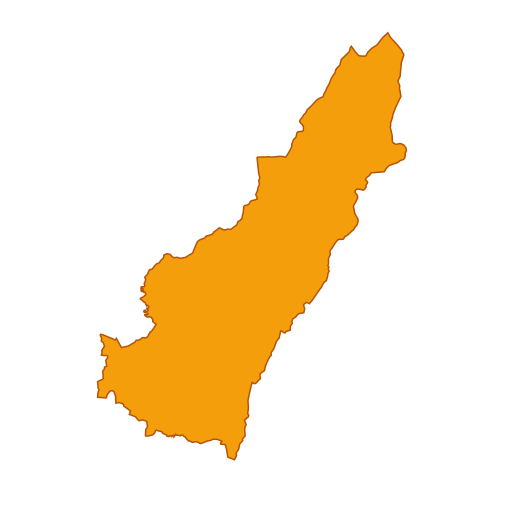 outline of Thach Thanh, Thanh Hóa, Vietnam, rotated 80°
{"feature_id": "81297802B70743667519193", "entity_name": "Thach Thanh", "entity_type": "district", "adm_level": 2, "iso_a3": "VNM", "parent_name": "Vietnam", "parent_adm1": "Thanh Hóa", "projection": "albers", "projection_center": [105.627, 20.211], "detail": "fine", "context": "isolated", "style": "filled", "palette": "amber", "viewbox_px": 512, "rotation_deg": 80, "n_neighbors": 0, "source": "geoboundaries", "source_scale": "gbopen_adm2", "svg_char_len": 6094}
<svg xmlns="http://www.w3.org/2000/svg" viewBox="0 0 512 512"><g transform="rotate(80 256 256)"><path d="M66.0,125.7L67.4,127.0L70.0,128.1L71.4,129.2L77.3,137.9L82.5,140.2L84.9,143.6L86.5,145.2L89.6,146.5L91.2,148.4L94.6,151.3L99.7,154.4L102.9,157.1L105.1,158.4L108.5,161.2L110.8,162.2L111.8,166.7L113.0,169.2L117.3,174.8L120.5,179.6L121.3,180.5L124.0,182.5L125.1,184.4L127.3,186.2L129.0,188.2L130.4,189.5L131.1,189.6L132.8,189.1L134.5,187.7L136.2,187.0L137.6,186.9L140.7,187.7L141.3,188.5L140.9,192.3L141.0,193.2L141.7,194.2L145.4,195.8L146.3,196.4L147.7,198.6L149.5,199.8L152.3,201.4L154.4,201.8L155.7,202.5L161.3,207.1L163.9,209.8L162.7,212.2L162.0,215.2L161.3,223.5L160.4,226.6L160.3,228.6L159.0,236.1L159.0,237.3L159.3,237.9L175.1,239.0L179.7,238.7L182.3,240.2L186.1,240.2L188.2,241.7L192.4,243.5L195.5,245.6L198.3,244.9L200.0,244.8L200.5,246.4L200.8,251.1L202.0,252.7L203.9,254.1L204.3,256.2L204.3,258.4L204.7,259.0L205.6,259.5L211.5,261.2L213.4,262.2L216.6,263.3L218.6,266.1L218.7,267.4L222.0,269.6L225.5,276.4L224.6,278.7L225.0,282.3L223.9,284.4L222.1,286.7L222.0,287.8L223.3,289.7L224.9,293.2L226.3,294.4L227.2,296.1L227.8,301.7L229.4,303.5L230.3,308.5L230.8,309.7L231.5,311.0L232.6,311.9L242.1,318.0L245.1,325.7L245.2,330.2L244.8,331.8L243.6,333.8L243.4,337.2L242.3,338.5L239.5,340.3L238.4,343.0L238.3,343.6L239.1,346.6L240.5,346.9L242.1,347.9L244.2,351.0L245.6,352.1L246.1,353.1L246.5,355.3L247.8,357.2L250.4,360.0L251.0,361.0L251.2,361.4L250.8,362.5L251.2,363.3L253.0,364.8L254.9,365.8L257.6,369.3L259.8,368.7L262.2,369.7L263.5,370.9L264.6,370.8L265.1,370.5L266.8,371.3L266.5,373.2L266.9,373.5L266.5,374.3L267.0,374.7L267.3,374.8L267.6,374.0L268.6,373.1L269.6,373.4L269.6,373.7L269.3,373.9L268.6,373.8L267.9,374.4L267.9,374.8L268.6,375.0L269.5,374.4L270.2,375.2L270.7,375.0L271.4,374.3L271.2,374.0L270.0,373.9L270.4,372.7L271.8,372.9L272.5,372.5L272.5,371.7L273.9,371.1L274.9,371.3L276.5,373.7L277.6,377.2L278.0,377.4L278.7,377.1L279.6,375.9L281.3,375.0L282.5,373.4L286.1,372.4L285.7,371.9L285.7,371.3L286.8,370.6L287.5,370.5L288.3,370.9L288.6,372.8L289.4,372.7L290.4,371.6L290.9,371.7L291.4,372.3L291.4,374.2L290.0,374.7L290.7,376.1L292.0,375.9L292.9,373.6L293.8,372.5L294.1,372.4L294.8,372.8L295.0,373.4L294.3,375.5L294.7,375.9L295.2,375.8L297.2,373.8L297.5,371.4L298.2,369.5L299.4,369.4L300.6,368.7L302.6,369.1L304.6,367.5L305.4,366.4L306.1,366.3L311.3,371.2L312.3,372.6L312.6,373.7L313.7,374.0L314.3,375.1L316.9,376.9L317.4,378.8L317.3,380.1L316.8,381.1L316.6,382.1L318.2,384.7L318.4,387.4L318.1,388.6L319.8,390.2L322.5,397.5L322.8,404.4L312.9,407.8L314.3,409.1L307.2,420.1L306.1,422.5L306.3,422.9L307.3,423.1L310.3,422.3L312.9,423.1L314.6,421.7L315.7,421.2L318.1,421.0L318.7,421.1L322.4,424.5L323.5,424.1L326.8,425.5L327.4,424.0L328.2,420.0L328.7,419.6L329.7,419.5L331.0,420.4L332.6,422.0L338.5,422.2L338.8,422.6L339.0,424.4L341.0,425.0L342.7,426.9L350.1,427.7L350.8,428.6L351.8,432.7L352.5,433.9L358.9,434.4L360.6,433.9L362.0,434.8L363.9,435.6L367.6,436.5L369.7,428.5L369.6,427.9L366.8,426.7L363.8,423.4L363.6,421.8L363.8,420.8L364.5,419.9L365.3,419.3L369.9,418.7L376.6,419.5L376.5,416.6L378.2,413.0L379.7,412.2L381.0,412.2L386.5,406.7L387.2,406.7L390.0,408.3L393.3,402.6L396.2,401.1L398.0,399.7L397.6,396.4L399.4,392.9L400.2,392.2L401.5,392.5L402.8,392.3L403.5,392.6L404.9,392.3L406.4,393.3L407.1,394.2L408.4,394.9L413.8,396.1L414.2,395.9L414.5,394.0L414.3,389.0L413.2,387.1L412.5,386.4L410.6,385.2L410.2,384.4L411.3,382.6L412.0,380.5L412.7,379.3L414.5,378.6L416.5,375.4L418.1,374.9L418.1,373.9L418.8,373.1L417.9,371.0L418.2,370.7L419.2,370.5L419.3,370.2L418.3,369.0L418.2,368.5L418.6,368.1L419.8,368.2L419.0,367.1L417.5,366.2L418.7,365.1L419.2,363.2L419.6,362.7L419.5,362.3L419.9,361.8L419.5,359.9L419.7,359.1L421.0,358.4L421.9,357.2L423.9,356.3L426.3,354.7L426.9,352.9L428.0,351.8L428.6,350.7L428.3,348.0L428.6,346.8L430.3,344.1L431.0,343.6L431.1,342.5L429.7,335.9L429.8,332.7L429.0,330.6L429.3,327.8L429.9,326.0L431.9,322.4L432.5,321.8L434.2,323.4L435.2,323.4L436.3,319.2L436.9,319.0L440.6,318.6L448.6,318.7L449.4,318.4L452.9,312.5L449.2,309.9L446.4,309.6L443.4,306.7L438.2,304.6L435.6,301.2L433.8,301.0L431.3,297.9L425.8,297.4L422.2,296.5L421.2,295.4L420.3,295.0L415.5,295.9L415.1,294.4L413.9,293.6L413.6,291.9L412.0,291.0L411.2,290.9L409.8,291.6L405.0,290.0L396.9,289.0L389.5,286.1L380.1,282.0L379.9,281.6L381.3,280.2L381.5,279.0L380.8,277.3L379.7,276.2L377.4,272.9L374.9,272.9L373.0,272.5L372.4,271.9L370.3,267.5L366.4,266.0L362.0,263.3L357.9,260.2L356.6,258.3L354.0,258.0L350.5,254.6L344.5,251.2L342.6,249.7L341.0,247.6L334.1,244.7L334.2,244.2L336.9,241.0L335.6,239.4L335.0,235.2L330.5,234.1L329.4,232.5L328.3,231.9L326.8,232.1L324.5,230.9L322.6,226.9L321.3,225.7L320.2,223.7L320.2,218.8L316.4,217.2L312.6,217.7L311.6,216.8L310.6,214.6L311.2,212.8L312.2,211.8L309.7,208.6L299.9,199.0L298.6,197.4L295.3,194.9L293.3,192.9L292.9,191.5L292.2,190.8L287.7,188.7L285.7,188.1L283.5,186.6L281.4,187.1L279.5,186.2L278.0,186.9L276.5,186.0L270.8,185.0L267.5,182.5L264.3,182.4L263.4,182.0L261.6,179.9L256.7,175.5L254.1,172.4L254.1,170.9L254.6,168.3L254.5,166.9L252.5,165.3L251.3,162.1L248.2,157.5L247.2,155.4L244.8,153.4L242.9,151.1L240.0,149.6L237.8,149.1L231.5,151.3L224.0,151.4L223.5,151.3L219.1,147.6L216.4,145.8L214.0,145.6L210.5,147.4L208.6,146.6L207.5,145.2L208.5,141.6L209.6,139.6L209.7,138.4L209.1,137.4L207.1,135.5L205.6,135.5L203.5,133.6L202.7,133.3L202.2,133.3L200.4,134.6L199.1,134.7L198.4,134.1L196.3,130.2L194.1,128.0L195.3,115.1L192.5,112.5L190.7,110.2L189.9,108.6L188.8,101.5L188.2,99.4L187.2,97.7L186.5,94.2L185.8,92.9L182.8,91.4L180.8,91.4L178.7,89.7L176.9,89.4L175.5,89.6L172.4,91.2L170.8,93.3L170.2,94.9L170.4,98.1L169.9,99.4L168.2,101.4L166.9,101.8L161.0,101.0L152.5,101.4L150.9,100.7L148.5,100.4L143.7,97.8L140.3,96.5L133.6,92.5L124.1,85.6L118.3,85.5L116.5,85.7L113.3,84.9L108.4,85.9L103.9,82.8L90.8,79.3L84.3,75.8L83.5,75.5L82.5,75.6L80.2,76.7L78.9,76.7L72.6,80.2L64.3,85.5L59.1,87.4L62.7,93.0L69.2,100.3L71.6,106.0L74.8,110.6L77.8,112.8L78.1,113.8L77.5,117.1L76.5,120.1L71.9,122.9L66.0,125.7Z" fill="#f59e0b" stroke="#b45309" stroke-width="1.5"/></g></svg>